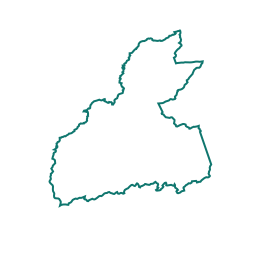 the district of Campo Novo de Rondônia, Rondônia, Brazil, rotated 71°
{"feature_id": "56859067B44422974522674", "entity_name": "Campo Novo de Rondônia", "entity_type": "district", "adm_level": 2, "iso_a3": "BRA", "parent_name": "Brazil", "parent_adm1": "Rondônia", "projection": "equal_earth", "projection_center": [-63.833, -10.498], "detail": "fine", "context": "isolated", "style": "outline", "palette": "teal", "viewbox_px": 256, "rotation_deg": 71, "n_neighbors": 0, "source": "geoboundaries", "source_scale": "gbopen_adm2", "svg_char_len": 5780}
<svg xmlns="http://www.w3.org/2000/svg" viewBox="0 0 256 256"><g transform="rotate(71 128 128)"><path d="M179.3,217.6L179.0,216.2L179.2,214.3L179.9,212.1L180.3,211.2L180.7,210.6L181.2,209.4L179.9,208.5L179.8,206.6L179.4,205.6L178.0,203.7L177.7,201.8L177.7,200.4L178.5,199.2L178.2,196.6L178.8,195.1L178.9,194.2L178.7,191.0L180.0,191.8L180.6,192.5L181.3,192.2L181.9,191.2L182.5,190.7L183.8,190.3L184.2,189.3L183.6,188.5L183.3,184.7L184.1,184.0L184.6,183.0L184.6,182.1L183.9,179.7L183.1,177.6L183.1,176.5L183.7,175.4L183.5,174.3L182.3,171.8L182.2,170.7L182.6,169.0L182.3,167.8L182.4,166.6L183.7,165.7L184.4,164.6L185.5,163.3L185.9,162.4L185.1,160.1L185.0,159.1L186.6,158.9L187.3,157.9L187.0,156.0L187.4,154.9L188.1,154.5L188.6,153.7L188.5,152.7L187.4,152.7L186.1,151.8L185.5,151.0L185.1,149.1L185.0,147.6L183.8,145.4L183.0,143.3L183.2,142.3L184.6,141.1L185.1,140.4L184.6,139.3L183.9,138.6L183.3,137.5L184.0,136.9L185.1,136.7L185.8,136.5L187.4,136.7L188.1,135.9L187.6,135.4L187.3,134.4L187.4,133.3L187.0,130.9L186.5,130.1L186.8,129.4L187.4,128.8L188.7,126.5L188.7,125.7L188.3,124.8L188.8,122.2L188.6,121.5L188.1,120.8L187.9,119.5L189.4,119.0L190.3,117.9L191.3,117.9L193.3,119.5L194.3,118.8L195.1,120.0L195.7,121.7L196.4,121.5L196.8,120.4L197.2,118.5L197.2,117.4L196.6,116.9L196.0,115.1L195.1,113.7L193.7,114.2L193.2,113.5L191.9,111.1L192.0,110.0L192.7,109.8L194.6,110.5L195.1,109.8L195.8,105.7L197.4,103.9L197.1,102.9L196.4,102.3L197.3,102.1L198.4,102.6L199.7,102.8L201.6,101.4L202.8,101.0L203.2,102.3L203.8,102.9L204.7,102.6L205.6,102.5L206.0,101.7L206.0,99.6L205.3,98.0L205.5,95.2L204.1,95.0L202.7,95.1L202.1,94.6L201.9,93.6L200.8,91.5L200.7,90.2L200.0,88.7L200.7,87.1L200.3,85.6L199.2,84.9L200.2,80.8L201.0,80.5L201.9,80.6L202.1,79.6L201.9,78.9L202.4,77.0L201.4,75.5L200.2,72.0L200.0,70.0L200.5,69.2L200.8,67.9L200.5,66.9L200.0,66.2L198.4,66.6L197.3,66.6L196.6,66.0L195.7,65.7L194.6,64.5L193.7,63.9L192.2,63.7L191.5,63.2L190.9,62.8L189.6,61.2L155.1,61.2L154.6,60.2L154.0,60.2L153.0,60.8L152.1,60.6L151.3,61.3L149.0,60.4L149.0,62.0L148.6,64.7L148.2,65.4L148.4,67.8L148.8,69.2L148.6,70.2L147.6,70.2L145.9,72.0L145.0,72.6L143.5,72.4L142.5,73.7L142.1,74.8L142.2,77.8L142.6,81.0L142.1,81.9L141.1,82.0L140.5,81.8L139.6,82.5L138.7,83.0L136.4,81.7L135.4,81.4L133.4,82.4L132.5,82.7L131.9,83.7L132.0,85.4L130.1,88.8L128.0,89.7L126.8,90.0L125.8,91.4L125.1,91.4L124.2,90.1L114.7,91.3L115.7,87.2L115.7,86.2L115.2,83.9L115.3,81.0L115.2,80.0L114.6,79.0L114.6,78.1L115.7,76.4L115.9,74.2L115.4,73.5L114.5,73.6L113.6,73.4L112.5,71.3L110.0,69.8L109.6,69.0L108.8,69.0L108.4,68.1L108.8,65.7L108.6,63.8L107.8,62.0L107.3,61.5L105.9,60.6L105.4,59.6L105.1,58.4L104.1,56.8L102.9,57.1L102.0,56.9L101.6,55.2L100.4,53.8L97.8,49.2L97.2,48.9L94.6,46.5L94.3,45.8L94.1,44.9L93.6,44.1L93.5,43.3L94.2,40.9L93.6,39.6L91.5,37.8L90.8,36.5L89.3,35.7L88.8,38.5L87.8,40.7L87.3,42.3L87.0,44.4L86.6,46.5L86.1,48.2L84.4,52.7L84.2,54.5L83.6,56.0L82.6,60.4L82.5,61.6L76.5,61.7L76.4,60.8L75.8,59.5L75.1,59.1L74.3,58.9L73.5,59.3L72.7,59.5L72.0,58.9L70.5,56.7L69.6,54.8L69.3,53.5L68.2,52.0L67.6,50.6L67.0,50.4L65.9,50.7L64.2,52.0L63.5,50.1L61.8,49.1L59.7,49.1L59.1,49.3L58.0,48.7L56.5,48.9L56.0,48.0L55.1,47.4L53.4,47.0L52.7,47.2L52.8,48.3L52.6,49.5L52.7,50.5L52.4,52.9L53.3,52.7L54.1,52.2L54.5,52.8L54.7,54.6L54.3,55.1L54.7,57.6L54.3,58.9L55.5,60.2L55.6,62.9L56.2,63.9L56.7,67.1L56.4,68.6L55.6,69.2L55.5,70.5L55.2,71.9L53.9,74.4L53.8,75.2L52.9,76.3L52.4,76.1L51.5,76.3L51.0,76.8L50.5,77.7L50.6,78.6L50.0,79.6L50.1,81.0L50.8,81.8L51.1,84.2L50.6,85.9L50.6,87.8L50.9,88.9L51.4,89.7L52.2,90.6L53.8,91.2L54.5,92.7L55.1,93.2L55.3,94.3L56.0,94.6L55.9,95.4L56.1,96.2L56.8,97.3L57.1,98.0L57.7,98.8L58.2,99.8L58.1,100.6L58.2,101.4L57.9,102.1L59.5,102.7L60.1,102.3L60.6,103.0L61.2,103.3L61.6,104.4L62.5,104.5L63.1,104.3L63.8,104.9L64.1,107.1L65.8,108.8L65.8,109.6L66.1,110.6L67.6,110.9L67.2,112.6L68.1,112.6L69.0,113.7L69.7,113.7L69.7,111.9L70.7,112.1L71.3,113.3L73.1,114.0L73.4,115.1L74.8,114.6L75.8,116.9L76.3,117.5L76.3,118.4L77.2,118.6L78.1,119.6L79.0,118.9L79.6,119.3L80.1,120.3L82.3,121.3L83.6,119.5L84.3,120.3L85.8,120.4L86.8,120.3L87.3,119.8L87.9,119.9L88.6,119.1L89.5,119.0L90.1,119.7L90.5,120.6L91.1,120.3L93.2,121.7L93.1,125.1L93.3,126.0L94.0,127.0L94.6,127.1L95.3,127.9L96.3,128.5L96.6,130.4L97.0,131.4L97.5,131.9L98.2,131.9L99.5,132.4L100.1,133.4L101.0,134.4L100.6,135.4L99.0,135.0L98.2,135.3L97.8,136.5L97.2,137.4L97.9,138.1L97.4,139.1L96.2,140.0L95.3,141.1L94.6,141.6L93.8,140.7L93.1,140.6L93.0,141.7L93.3,143.2L93.3,144.0L92.6,145.2L91.9,145.9L91.9,148.8L91.7,151.4L92.8,154.1L93.8,155.2L94.1,155.9L94.8,156.4L96.8,157.3L97.1,158.0L96.6,159.0L97.7,161.1L97.3,163.9L97.9,164.5L98.2,163.5L99.3,162.0L99.0,161.0L100.0,160.8L101.9,161.2L102.7,161.8L103.6,161.8L103.9,162.9L105.2,163.2L106.2,164.0L107.8,164.3L108.9,166.3L108.8,168.0L109.3,168.2L108.8,170.2L108.3,171.3L108.8,173.1L110.2,173.9L110.6,175.3L111.4,175.7L112.1,176.9L112.2,177.8L112.3,179.2L113.6,179.7L113.7,181.1L114.2,181.9L114.5,183.7L114.1,185.7L114.6,186.2L115.0,188.4L115.5,189.8L115.0,190.8L115.3,192.2L115.0,193.2L115.4,194.2L115.1,194.9L115.0,195.8L117.1,196.4L117.7,196.7L118.4,197.7L118.4,199.1L119.1,199.6L119.4,200.6L120.4,200.7L122.1,201.8L122.3,200.8L122.9,200.9L123.5,201.7L124.0,202.8L124.4,204.7L124.9,203.9L126.1,203.6L126.8,204.0L127.1,204.8L127.3,206.0L127.9,206.7L128.8,206.9L130.4,208.2L132.4,209.5L133.3,208.4L134.7,207.6L137.6,208.3L139.1,211.3L140.2,211.9L141.4,213.7L144.7,213.0L145.8,214.7L146.2,215.9L147.7,216.3L148.6,217.2L151.0,217.5L151.6,218.0L152.2,219.0L153.3,219.7L154.8,219.4L157.7,217.9L159.0,218.0L161.5,219.0L163.2,219.4L165.7,219.0L166.4,219.2L167.4,219.8L169.2,220.3L169.9,220.2L170.7,219.7L172.0,216.8L172.7,216.2L175.2,215.6L175.8,215.6L177.1,216.1L179.3,217.6Z" fill="none" stroke="#0f766e" stroke-width="2"/></g></svg>